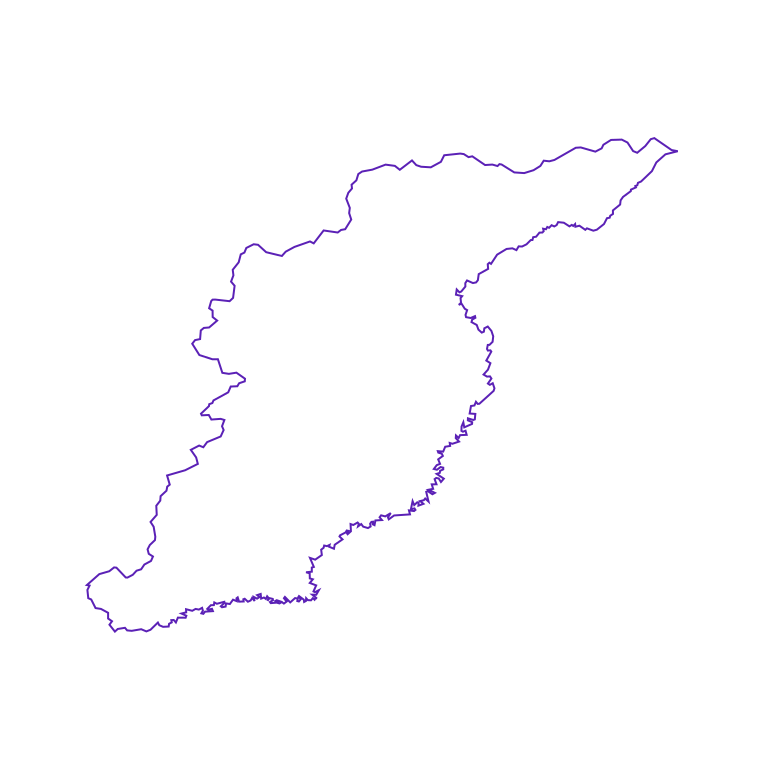 Rioja, San Martín, Peru (Robinson projection), rotated 84°
{"feature_id": "86281439B49407103225288", "entity_name": "Rioja", "entity_type": "district", "adm_level": 2, "iso_a3": "PER", "parent_name": "Peru", "parent_adm1": "San Martín", "projection": "robinson", "projection_center": [-77.409, -5.821], "detail": "fine", "context": "isolated", "style": "outline", "palette": "violet", "viewbox_px": 768, "rotation_deg": 84, "n_neighbors": 0, "source": "geoboundaries", "source_scale": "gbopen_adm2", "svg_char_len": 6157}
<svg xmlns="http://www.w3.org/2000/svg" viewBox="0 0 768 768"><g transform="rotate(84 384 384)"><path d="M231.4,499.0L234.3,506.7L238.7,509.1L240.1,512.9L247.8,515.8L254.6,522.5L260.2,522.4L266.2,525.4L270.7,522.3L282.6,525.1L285.5,528.9L282.4,543.0L282.2,545.7L283.5,547.2L290.4,550.0L293.1,546.8L299.5,547.4L303.5,543.3L309.5,552.0L309.4,557.3L311.6,560.6L320.1,562.2L320.6,567.3L323.9,570.5L335.9,564.6L341.5,552.0L342.0,546.6L356.0,543.6L357.7,537.2L357.3,529.6L364.2,521.7L366.8,522.2L368.1,528.0L370.9,530.1L370.5,536.7L376.0,539.8L382.5,555.3L385.0,556.7L385.8,559.9L387.7,560.4L394.4,569.1L396.1,568.5L396.5,561.5L401.3,559.4L401.6,550.1L403.1,546.5L409.1,549.5L413.0,548.3L419.1,551.9L423.3,566.0L428.0,570.3L425.9,574.3L429.3,583.0L437.4,578.5L444.0,577.5L449.0,590.8L452.3,609.3L461.7,607.6L463.4,610.3L467.4,611.5L472.2,617.9L476.6,618.7L481.3,623.2L490.4,623.7L496.8,630.6L501.9,628.0L512.0,627.4L515.3,628.1L519.6,633.7L523.7,636.4L528.3,635.7L531.4,631.8L535.6,634.2L538.5,641.2L542.9,644.9L543.8,649.6L547.5,653.8L549.7,659.4L549.4,661.1L538.7,669.3L538.2,671.6L541.5,676.8L543.3,687.0L552.9,700.5L553.7,697.9L557.8,700.5L566.1,700.5L567.7,697.7L576.7,694.3L578.1,689.0L582.7,682.3L588.4,682.9L591.5,679.3L594.7,682.2L602.1,677.5L599.8,674.4L599.4,667.1L602.2,665.2L603.1,660.7L602.5,651.1L605.2,646.2L604.0,641.9L597.6,633.8L600.4,632.7L602.4,629.1L602.7,623.5L600.0,622.8L598.9,620.0L596.6,620.2L596.7,617.8L599.4,615.9L594.8,613.4L595.7,605.7L593.8,604.8L591.1,609.4L590.4,604.6L587.3,604.4L589.5,598.4L588.0,594.9L589.0,591.7L587.6,588.3L590.5,587.8L593.0,589.6L593.7,587.7L591.7,585.8L592.0,577.9L589.6,578.6L590.1,582.4L589.2,583.3L585.9,579.3L586.1,576.3L583.5,575.6L585.1,573.2L583.9,565.6L585.1,565.6L588.0,569.5L589.1,568.5L588.8,564.8L585.7,564.0L586.7,560.3L582.7,556.7L584.6,553.1L581.7,553.1L580.9,551.8L585.3,550.9L585.6,546.3L583.4,546.4L583.0,545.0L586.3,542.1L585.3,539.2L582.9,537.5L586.3,535.4L582.1,535.8L584.2,532.7L582.9,530.1L580.7,532.2L579.9,528.6L584.6,528.6L583.8,525.7L585.4,524.0L582.9,522.4L584.7,521.2L587.4,522.5L585.0,520.2L586.1,517.1L587.4,517.0L588.9,520.2L590.1,519.5L590.2,514.3L588.5,514.9L587.8,513.3L589.0,510.7L589.4,513.2L590.5,512.9L591.3,510.9L590.2,508.4L591.9,506.5L590.2,503.6L586.6,505.9L585.4,504.8L591.4,500.1L587.6,494.8L588.4,492.2L590.8,492.9L591.4,491.4L589.1,489.0L586.9,491.4L586.0,490.7L590.1,486.3L592.4,486.2L591.6,484.3L588.9,483.8L591.0,482.3L591.5,479.2L589.5,477.1L591.3,475.6L589.8,474.5L590.3,473.1L586.0,477.4L586.5,473.4L582.2,470.3L583.8,474.4L582.9,475.8L577.2,472.5L574.1,478.6L570.8,475.2L569.6,478.1L564.5,477.7L563.1,481.2L563.1,475.4L559.0,475.0L558.6,472.9L549.2,475.8L551.5,470.8L547.6,463.7L542.2,463.8L540.6,461.2L538.4,460.4L539.3,457.6L538.3,454.9L540.1,455.6L542.6,451.0L538.7,449.8L534.2,441.5L531.0,444.2L529.9,443.5L527.6,437.7L525.8,436.4L526.3,434.8L528.0,436.7L529.6,435.9L527.0,432.3L519.8,431.9L521.0,429.3L519.0,424.7L520.3,423.7L522.9,424.7L520.9,421.3L523.7,419.6L525.6,415.0L524.3,412.2L521.5,412.4L519.8,410.9L519.8,409.3L522.4,409.8L523.4,408.2L518.8,406.8L519.1,400.3L516.1,402.3L514.3,400.6L515.8,396.6L513.1,390.8L517.0,394.0L519.1,393.4L515.8,387.7L516.4,371.8L512.3,372.4L513.5,367.4L512.5,365.9L510.9,366.7L511.3,370.3L503.5,367.8L507.6,366.6L505.1,363.3L505.4,361.9L508.6,362.5L507.3,357.3L504.2,360.2L503.7,356.5L502.2,355.0L505.6,352.0L495.6,353.3L495.0,351.8L498.7,347.4L497.6,344.8L493.8,350.7L493.4,346.1L488.8,347.0L489.2,342.3L483.9,343.6L482.9,341.9L483.7,339.4L487.4,337.6L484.4,334.4L478.9,341.0L478.2,337.8L476.2,337.3L475.1,334.0L473.4,333.8L472.5,336.4L474.8,340.3L473.7,343.3L470.2,340.0L469.3,336.6L464.6,338.0L461.7,333.0L459.4,333.8L457.9,337.2L456.4,337.5L457.4,332.2L452.8,329.7L452.5,324.7L449.5,324.8L450.6,322.2L449.1,315.4L445.3,318.3L442.7,317.8L445.5,315.4L442.8,313.7L443.2,307.1L439.0,307.8L439.7,310.5L438.7,311.9L434.4,311.3L430.4,309.1L435.5,308.7L432.9,300.6L431.2,300.3L428.9,304.4L426.9,304.1L429.1,299.0L428.7,297.4L423.3,296.3L422.3,301.9L415.0,299.8L414.8,296.3L411.3,294.4L413.6,292.9L413.6,291.2L402.3,275.7L399.8,274.6L394.6,275.8L395.9,278.8L394.4,280.6L389.8,276.6L387.5,277.8L387.4,280.8L385.0,284.0L380.6,279.1L374.4,276.0L371.4,279.8L363.0,273.9L361.7,274.6L361.6,277.2L359.9,277.9L356.0,276.7L356.1,275.0L353.4,271.6L348.0,270.4L342.5,271.6L337.7,274.8L339.1,278.4L342.4,279.2L343.1,281.4L339.8,284.4L335.0,285.6L331.6,290.5L329.2,289.6L327.7,286.2L326.0,286.4L327.4,290.9L326.1,295.4L323.8,295.7L319.2,293.6L317.6,295.8L312.2,298.5L313.1,301.4L311.3,298.9L306.6,298.9L304.8,297.1L302.7,303.1L297.6,301.8L300.7,299.4L300.1,297.5L295.6,292.9L292.2,292.6L289.7,290.6L292.9,285.0L292.6,281.8L290.6,279.8L284.6,278.3L280.4,268.4L275.7,268.3L274.4,266.5L275.7,265.0L267.2,258.0L262.5,248.0L262.5,242.1L264.7,238.3L261.2,235.7L261.7,232.3L260.0,227.7L256.2,223.0L256.3,221.3L253.6,220.3L253.4,217.3L249.7,213.6L249.9,210.6L248.7,209.2L246.2,209.5L247.0,206.7L244.9,205.2L245.9,203.5L243.6,200.7L245.1,198.2L244.0,195.7L241.2,193.9L242.4,188.3L246.6,183.1L245.4,180.6L246.6,179.3L244.9,177.2L247.6,177.2L247.0,173.1L251.7,167.7L250.4,165.9L253.4,159.8L252.8,156.2L247.9,148.5L242.4,144.9L242.2,142.2L240.3,141.4L238.8,138.5L235.3,138.2L230.2,130.4L226.1,129.5L222.9,126.7L218.0,118.4L216.5,118.1L214.8,112.9L213.4,113.4L212.8,111.3L210.5,110.4L209.5,107.2L200.3,95.3L192.1,90.0L185.0,80.1L183.2,67.5L181.4,73.5L167.7,89.5L168.4,93.1L174.7,99.3L180.5,108.0L178.4,111.9L169.3,116.6L165.8,122.0L165.0,132.7L169.0,140.8L172.4,142.9L175.0,149.5L169.3,163.6L169.1,168.6L179.0,191.1L179.8,196.3L178.6,201.8L183.5,205.7L187.0,212.9L188.9,222.5L187.2,232.3L178.0,244.1L177.4,246.2L179.1,248.3L177.1,253.3L176.8,260.6L166.8,272.4L167.2,276.2L163.7,280.6L162.8,284.1L162.8,300.2L169.0,304.2L173.4,314.8L171.8,324.4L169.7,329.0L164.6,332.8L172.6,345.9L168.2,350.4L166.0,359.5L169.6,373.2L170.4,383.6L172.5,387.6L178.6,390.2L182.4,395.4L186.2,395.4L190.1,399.5L195.7,402.2L205.3,399.6L210.4,400.8L217.0,399.4L226.0,406.4L226.3,410.6L228.5,414.2L225.0,428.0L236.8,439.2L234.5,442.7L238.3,458.7L242.1,467.9L246.0,472.2L240.6,487.4L232.4,494.7L231.4,499.0Z" fill="none" stroke="#5b21b6" stroke-width="2"/></g></svg>